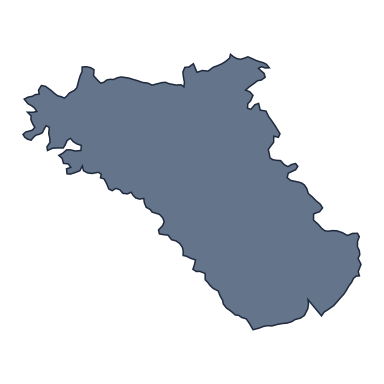 Independência, Rio Grande do Sul, Brazil
{"feature_id": "56859067B92342663625367", "entity_name": "Independência", "entity_type": "district", "adm_level": 2, "iso_a3": "BRA", "parent_name": "Brazil", "parent_adm1": "Rio Grande do Sul", "projection": "mercator", "projection_center": [-54.201, -27.908], "detail": "fine", "context": "isolated", "style": "filled", "palette": "slate", "viewbox_px": 384, "rotation_deg": 0, "n_neighbors": 0, "source": "geoboundaries", "source_scale": "gbopen_adm2", "svg_char_len": 3508}
<svg xmlns="http://www.w3.org/2000/svg" viewBox="0 0 384 384"><path d="M230.5,54.3L229.6,58.1L225.9,61.2L222.2,63.6L218.1,65.5L213.3,67.2L208.0,71.1L202.3,70.5L197.0,72.3L193.4,63.7L188.9,67.0L184.8,67.4L182.9,71.9L183.3,76.2L184.4,82.3L183.9,86.8L180.9,84.7L176.4,85.1L169.0,83.7L165.4,82.3L161.8,82.6L156.8,83.9L152.1,85.1L147.9,83.1L142.3,82.4L137.6,80.7L133.4,79.5L129.0,78.1L124.0,77.3L120.7,77.0L117.0,77.9L113.6,79.5L110.2,79.3L106.7,80.0L103.9,82.2L100.7,83.2L97.6,80.2L93.6,75.7L94.0,69.7L90.6,67.6L86.2,66.7L82.1,67.0L82.1,71.5L80.3,75.4L78.8,80.2L77.8,84.1L76.8,87.8L74.4,90.3L69.2,93.1L67.0,95.9L64.4,98.1L61.3,96.7L57.6,95.8L54.2,93.2L51.2,90.5L48.1,88.2L45.4,86.3L41.4,85.5L38.5,90.1L39.2,94.1L35.4,94.6L32.3,96.3L28.1,97.1L24.2,99.1L27.9,103.7L31.8,105.9L34.5,108.0L36.8,111.5L32.7,112.3L27.5,112.2L31.1,115.9L30.9,119.6L32.7,123.9L34.8,127.4L32.3,130.2L29.1,131.1L25.9,131.9L23.0,134.4L24.8,137.3L27.5,139.2L31.1,140.2L33.3,137.5L35.8,135.2L39.5,134.2L42.4,132.7L44.1,129.2L46.1,125.7L49.3,127.4L48.7,133.5L49.7,137.9L50.0,142.3L46.9,147.0L47.5,150.5L52.6,148.2L58.4,147.9L63.2,148.0L65.1,145.1L67.0,140.7L70.3,138.3L73.2,141.6L76.8,143.9L81.3,145.4L80.9,150.5L75.1,151.0L70.3,149.8L66.7,149.8L62.9,153.1L58.8,155.4L62.2,158.5L63.5,163.4L68.2,163.9L70.8,167.4L66.5,168.8L67.0,173.8L70.3,174.1L74.8,172.7L79.9,170.7L82.3,166.0L83.5,170.7L87.5,172.9L91.9,173.5L95.2,172.9L98.5,172.3L101.2,174.2L100.5,177.8L104.1,178.9L106.8,184.0L108.8,189.0L112.2,190.7L115.9,188.4L119.9,189.8L122.8,193.3L127.5,193.9L131.2,192.2L133.1,195.3L135.7,198.0L139.5,199.1L143.8,198.5L144.3,202.6L146.2,207.3L150.1,209.4L152.1,212.1L156.0,213.3L159.5,214.4L162.7,217.8L164.2,221.7L162.6,225.7L158.5,229.9L159.4,233.9L162.7,234.5L168.1,235.2L171.5,239.7L176.0,240.9L179.6,243.4L182.4,247.4L183.2,251.0L183.1,255.5L186.4,256.2L190.8,258.4L195.5,259.9L194.4,264.9L192.9,269.3L196.3,271.5L199.8,271.4L205.1,273.4L205.2,279.8L207.7,282.3L210.1,285.5L213.3,288.5L218.1,290.9L220.2,296.1L222.6,300.3L223.3,304.0L226.4,308.0L231.0,311.2L235.3,315.0L238.6,315.3L241.7,317.5L246.3,318.9L249.7,323.9L253.0,329.7L258.8,328.2L263.3,326.5L267.1,325.7L272.0,325.9L277.5,324.4L282.5,323.5L287.2,323.1L291.8,321.6L295.2,319.5L300.5,318.1L304.4,315.4L307.8,308.7L308.5,303.7L308.0,299.6L321.5,315.9L324.0,312.2L328.9,309.0L333.7,305.6L336.1,302.9L340.0,298.4L343.8,294.2L346.4,290.3L348.8,286.0L351.6,282.3L353.5,278.4L356.2,276.1L359.4,275.9L358.2,271.6L361.0,264.4L358.1,258.4L359.8,254.7L359.3,250.5L357.5,247.1L357.5,241.5L359.3,236.6L357.4,233.3L352.5,233.4L347.4,235.5L342.5,232.7L336.9,230.8L332.1,230.6L328.5,231.2L324.9,230.8L321.7,228.4L318.2,224.3L313.5,220.1L313.6,213.9L319.6,211.7L322.6,207.9L320.1,204.0L316.4,201.1L312.4,197.0L308.3,193.5L306.8,188.6L304.4,185.0L301.6,183.0L298.2,182.0L290.6,180.4L287.2,177.7L288.2,173.3L292.3,171.3L295.6,169.8L297.8,166.4L295.6,163.5L291.6,164.5L287.9,166.6L284.3,164.7L280.6,160.6L276.2,160.3L272.9,159.7L270.0,157.9L269.2,153.5L268.3,149.5L270.7,146.1L273.6,142.4L273.8,136.2L278.4,137.3L280.0,133.8L277.6,129.9L275.1,125.7L271.7,120.8L268.6,116.5L266.0,111.1L260.2,110.1L258.6,103.4L254.9,104.7L250.9,109.3L247.5,108.2L247.8,103.7L250.6,100.8L253.0,95.4L249.7,91.7L245.6,90.1L249.1,87.0L253.4,83.9L257.6,80.7L261.2,80.1L265.2,77.3L264.0,73.3L261.2,70.9L258.5,68.3L261.5,66.7L265.1,68.0L269.3,67.8L266.4,64.3L263.3,62.7L259.5,61.6L256.4,60.6L253.0,59.0L247.9,56.8L243.9,58.3L240.4,59.3L236.6,58.5L233.4,56.7L230.5,54.3Z" fill="#64748b" stroke="#1e293b" stroke-width="1.5"/></svg>